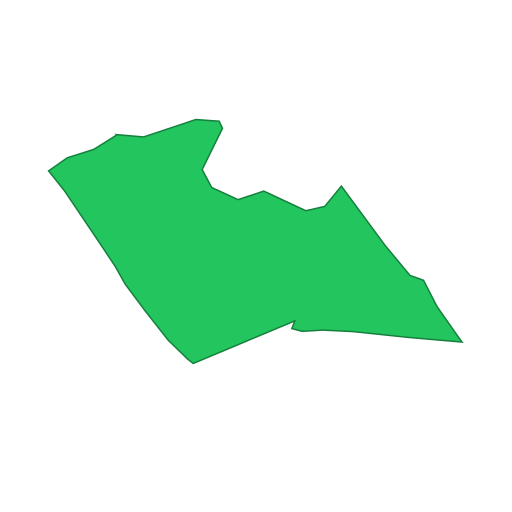 outline of West Dunbartonshire, rotated 325°
{"feature_id": "GBR-2011", "entity_name": "West Dunbartonshire", "entity_type": "Unitary District", "adm_level": 1, "iso_a3": "GBR", "parent_name": "United Kingdom", "parent_adm1": "", "projection": "orthographic", "projection_center": [-4.496, 55.971], "detail": "fine", "context": "isolated", "style": "filled", "palette": "green", "viewbox_px": 512, "rotation_deg": 325, "n_neighbors": 0, "source": "natural_earth", "source_scale": "10m", "svg_char_len": 667}
<svg xmlns="http://www.w3.org/2000/svg" viewBox="0 0 512 512"><g transform="rotate(325 256 256)"><path d="M243.7,336.0L250.6,331.4L142.9,308.0L140.9,301.4L135.8,274.9L133.8,239.2L133.7,237.6L133.2,220.6L132.7,204.2L133.0,200.9L134.7,183.7L135.0,170.8L135.3,158.6L136.5,93.0L134.9,67.3L135.8,67.3L157.8,67.3L184.2,75.6L211.4,77.0L211.3,76.5L232.2,94.0L285.0,109.7L303.1,124.4L301.8,132.2L261.5,154.3L259.0,174.5L273.6,199.5L299.6,207.3L322.8,247.5L340.8,254.8L366.0,247.7L367.8,321.2L371.0,360.2L379.3,372.0L375.3,401.1L375.3,436.4L375.4,444.7L334.6,410.5L291.9,373.4L267.9,354.8L250.6,344.2L243.7,336.0Z" fill="#22c55e" stroke="#15803d" stroke-width="1.5"/></g></svg>